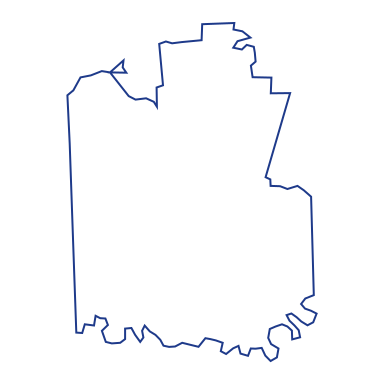 the district of Gaurama, Rio Grande do Sul, Brazil
{"feature_id": "56859067B15620852620787", "entity_name": "Gaurama", "entity_type": "district", "adm_level": 2, "iso_a3": "BRA", "parent_name": "Brazil", "parent_adm1": "Rio Grande do Sul", "projection": "robinson", "projection_center": [-52.104, -27.593], "detail": "fine", "context": "isolated", "style": "outline", "palette": "blue", "viewbox_px": 384, "rotation_deg": 0, "n_neighbors": 0, "source": "geoboundaries", "source_scale": "gbopen_adm2", "svg_char_len": 1531}
<svg xmlns="http://www.w3.org/2000/svg" viewBox="0 0 384 384"><path d="M313.8,295.1L311.1,196.7L303.7,190.2L297.5,185.9L287.4,189.0L280.1,186.2L270.6,185.9L270.3,179.4L265.6,177.2L290.1,93.1L270.8,93.3L271.4,77.6L252.6,77.2L250.9,65.6L255.6,61.6L254.8,52.6L253.8,46.8L246.7,44.9L241.9,49.5L233.3,47.7L237.5,41.2L250.4,37.6L242.4,31.3L233.5,29.5L234.3,23.0L202.2,24.2L201.6,40.2L181.6,42.1L172.1,43.3L165.9,41.5L159.2,43.9L163.0,85.3L156.6,87.5L156.9,106.7L153.8,101.8L146.1,98.3L135.5,99.6L128.7,96.1L110.0,72.4L101.8,71.1L90.8,75.4L80.5,77.4L73.4,90.3L67.4,95.3L69.7,143.6L72.9,235.7L76.3,332.6L82.2,333.0L84.8,324.3L94.0,325.5L95.6,315.8L100.2,318.2L105.4,318.5L107.9,325.0L101.9,330.8L105.8,341.9L111.8,343.4L120.2,342.8L125.1,339.1L125.1,328.6L131.4,328.0L135.1,334.8L140.2,341.9L143.4,337.5L142.1,330.8L144.7,325.6L149.8,331.4L155.5,334.9L160.3,339.8L163.5,345.7L169.1,346.9L175.1,346.5L182.2,342.8L191.1,345.0L198.5,346.8L205.4,338.2L210.4,339.1L215.8,340.4L222.7,342.8L220.8,351.2L226.1,354.0L233.2,348.3L238.5,345.9L240.5,353.6L248.0,355.8L250.8,348.5L255.6,348.7L261.7,347.9L265.3,355.6L270.6,361.0L276.9,357.4L278.5,348.5L271.1,344.1L268.2,337.9L269.8,329.0L275.6,326.5L282.0,324.3L287.4,326.5L291.9,330.6L292.2,339.4L300.1,337.3L298.7,330.2L294.5,325.5L289.5,320.7L286.6,315.1L291.4,313.5L296.6,317.2L301.3,321.5L307.5,325.3L313.2,322.3L316.6,313.6L310.9,310.7L305.0,308.6L301.1,304.0L305.3,298.5L313.8,295.1ZM110.0,72.4L126.3,72.7L122.7,67.4L123.5,60.4L110.0,72.4Z" fill="none" stroke="#1e3a8a" stroke-width="2"/></svg>